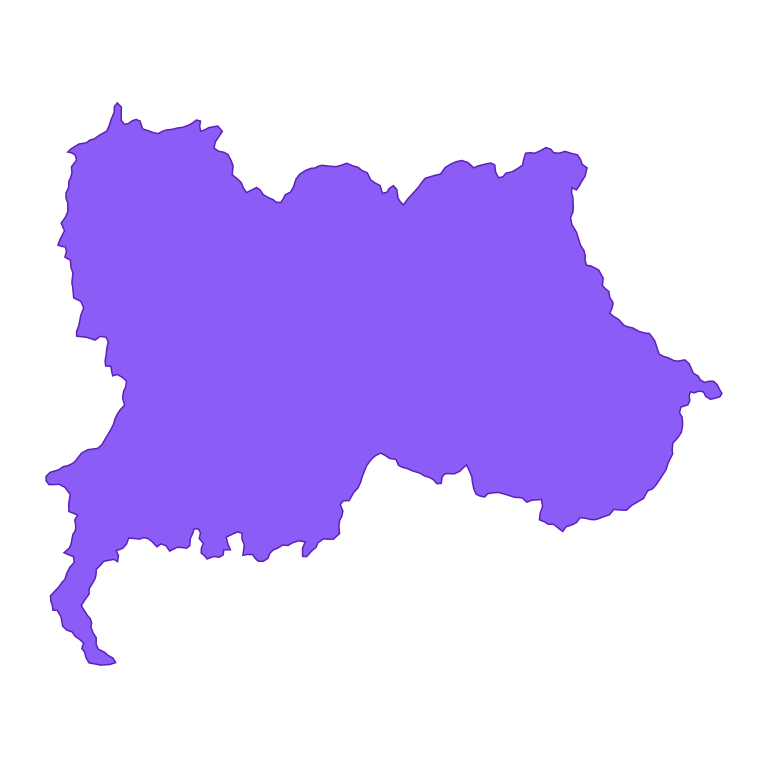 the district of Pedra Branca, Ceará, Brazil
{"feature_id": "56859067B74270575685273", "entity_name": "Pedra Branca", "entity_type": "district", "adm_level": 2, "iso_a3": "BRA", "parent_name": "Brazil", "parent_adm1": "Ceará", "projection": "robinson", "projection_center": [-39.867, -5.521], "detail": "fine", "context": "isolated", "style": "filled", "palette": "violet", "viewbox_px": 768, "rotation_deg": 0, "n_neighbors": 0, "source": "geoboundaries", "source_scale": "gbopen_adm2", "svg_char_len": 6019}
<svg xmlns="http://www.w3.org/2000/svg" viewBox="0 0 768 768"><path d="M117.3,102.9L114.3,106.7L114.3,112.0L111.4,118.8L109.6,124.5L106.9,131.0L99.3,135.3L93.7,139.2L89.9,140.0L86.4,142.8L79.0,144.0L71.1,148.8L67.8,152.0L71.9,152.9L75.3,155.1L76.5,160.1L71.5,166.7L71.9,173.1L70.7,177.4L68.9,181.2L68.6,187.5L66.0,192.8L66.0,197.9L67.8,203.3L67.8,211.8L65.6,216.8L61.2,223.2L64.5,230.8L60.0,239.5L57.9,245.1L61.8,246.4L65.6,247.0L66.4,251.4L64.9,257.2L70.4,260.1L70.9,267.2L72.9,272.9L71.9,282.8L72.7,287.2L73.7,297.9L80.8,301.3L83.7,307.8L80.8,315.3L79.7,321.1L78.6,326.4L76.5,331.5L76.7,336.2L86.7,337.3L95.2,340.1L100.0,336.4L105.9,337.1L108.3,341.7L106.9,348.0L106.1,354.9L105.1,360.7L105.6,365.9L110.9,366.4L111.7,371.7L112.7,375.8L117.5,374.5L123.2,378.0L126.5,381.2L125.8,386.5L123.6,391.3L122.6,398.0L124.6,405.1L120.4,409.6L117.4,414.0L114.9,419.3L113.5,424.3L110.5,430.2L106.0,437.6L101.9,444.7L97.6,448.4L87.7,449.7L81.6,453.1L78.6,456.8L75.8,460.7L72.7,463.4L67.9,465.7L63.1,466.7L58.8,469.7L50.1,472.4L46.1,476.3L46.1,480.6L48.9,484.6L53.6,484.6L59.1,484.3L64.9,487.3L70.2,494.4L68.7,503.8L68.9,511.5L73.3,513.2L77.6,515.2L74.8,520.0L75.8,526.2L75.4,530.6L72.9,534.4L71.1,543.8L69.5,547.9L64.0,552.7L68.7,554.8L73.4,556.5L74.3,562.2L69.9,567.2L67.1,572.5L64.9,579.3L62.1,582.3L59.0,586.7L55.2,590.8L50.5,595.8L50.9,601.3L52.3,605.3L53.0,610.3L57.0,610.0L61.0,616.9L62.7,626.2L66.9,630.2L72.1,631.9L75.2,636.4L79.8,639.5L83.6,643.2L81.8,648.5L84.5,651.7L86.1,657.9L89.1,662.9L94.7,663.9L100.6,665.1L104.9,664.8L109.9,664.5L115.6,662.6L113.0,658.1L107.9,655.3L104.5,652.2L98.4,649.3L96.2,644.4L96.2,637.7L93.1,632.9L90.9,627.1L91.6,623.0L90.3,618.7L87.3,615.3L81.3,605.7L84.5,600.4L89.1,594.0L89.1,588.8L92.0,584.1L95.2,578.4L96.1,574.3L96.2,569.5L100.1,565.6L103.8,561.3L108.9,560.3L113.9,559.4L117.6,561.6L118.5,555.5L116.2,550.8L122.8,548.2L126.5,544.1L128.7,538.1L134.1,538.5L139.6,539.1L143.6,537.6L147.9,538.5L152.1,541.6L156.9,546.8L161.0,543.9L166.0,545.7L169.7,551.1L177.2,547.3L182.2,547.5L186.6,548.2L189.8,545.7L190.3,538.5L192.3,534.3L194.3,528.7L198.6,529.2L200.5,532.9L199.2,538.5L203.4,543.4L201.4,548.2L201.2,553.0L204.6,555.8L207.1,559.0L213.5,556.5L219.2,557.2L223.2,554.8L223.8,549.8L230.4,549.8L227.8,543.8L226.2,537.2L230.8,534.9L237.7,531.9L242.0,533.3L242.0,539.5L244.2,544.5L243.8,549.2L242.9,555.3L247.6,554.4L252.6,554.6L255.0,558.1L258.1,561.2L263.3,561.3L268.0,558.3L269.8,553.4L273.1,550.0L277.9,548.0L282.7,545.0L288.0,545.5L292.7,542.7L299.1,540.7L305.2,542.0L302.5,548.2L302.6,556.4L306.6,556.6L311.5,551.2L316.0,547.3L318.1,542.6L323.7,538.8L328.1,539.2L333.4,539.2L339.6,533.5L338.9,526.0L339.7,520.1L341.7,516.6L342.9,511.1L340.2,504.7L343.3,500.8L349.1,500.6L353.6,492.6L358.0,487.9L360.7,482.0L362.3,476.3L364.3,471.5L366.5,466.0L369.5,461.6L372.7,458.0L375.7,455.5L380.8,453.1L385.3,455.5L389.5,458.4L396.0,459.4L398.5,465.3L402.1,467.2L407.1,468.5L413.2,471.1L419.6,473.0L424.8,476.1L429.5,477.4L433.6,479.9L436.9,483.7L441.2,483.4L442.1,477.1L444.7,473.8L448.3,473.6L454.3,473.8L459.8,471.3L462.8,468.2L466.5,465.0L468.5,468.9L470.3,473.0L471.9,477.1L472.3,481.6L473.8,488.8L476.1,494.1L479.8,496.0L484.6,497.0L487.7,493.7L493.1,492.8L498.6,492.5L504.6,494.1L514.7,497.3L522.2,497.8L526.9,502.2L531.9,500.2L536.1,499.9L541.3,499.5L542.6,506.2L540.2,513.2L539.4,519.8L544.2,521.7L548.4,524.3L553.5,524.2L558.3,528.1L562.7,531.5L566.0,526.9L573.4,524.3L576.7,522.3L580.1,517.7L585.2,518.2L590.2,519.4L594.1,519.8L598.1,518.9L603.2,516.8L609.5,514.8L613.9,509.4L619.5,510.0L626.4,510.2L631.7,505.4L639.1,501.0L643.5,498.5L645.7,494.2L647.9,490.7L652.6,488.8L656.1,484.8L660.5,478.3L666.0,469.7L668.4,462.3L672.6,454.0L672.2,449.5L672.8,443.1L677.7,437.8L681.3,432.5L682.7,424.6L682.2,417.2L679.5,412.8L680.9,407.1L687.8,404.9L689.8,400.8L689.2,395.7L690.4,391.8L694.1,392.9L699.1,391.0L703.5,391.9L705.7,396.4L710.4,399.3L715.0,398.2L719.9,396.8L721.9,393.4L719.7,389.8L717.4,385.0L713.6,381.3L709.4,381.2L704.3,382.4L700.1,379.6L698.2,376.1L693.3,373.2L689.2,363.8L684.9,359.9L677.9,361.1L674.0,360.7L668.0,357.7L663.8,356.5L659.3,354.3L657.5,349.4L654.9,341.2L652.3,337.3L649.2,333.4L645.4,333.2L639.1,331.5L632.7,327.9L627.4,326.8L623.7,325.1L619.1,319.9L613.0,316.0L609.8,313.1L612.3,307.4L613.1,302.7L609.8,297.5L608.9,291.5L605.6,289.0L602.4,285.5L603.2,278.2L598.7,270.0L591.1,266.0L586.5,265.2L585.0,259.9L585.2,255.5L584.0,250.7L580.6,245.4L576.4,232.1L571.9,224.6L570.5,217.8L572.9,212.1L573.3,207.5L572.9,197.4L571.5,192.6L571.9,187.8L576.4,189.9L579.4,185.7L581.6,181.6L585.0,176.3L587.1,167.9L582.2,164.4L580.6,159.6L577.4,154.8L572.1,153.6L565.1,151.4L559.0,153.2L553.6,152.7L550.7,149.1L545.9,147.6L540.4,150.7L534.9,153.2L529.5,152.7L525.6,153.2L523.6,159.8L522.6,165.0L518.4,168.1L511.9,171.9L506.0,173.1L502.9,176.8L498.4,177.7L495.6,171.9L494.8,165.0L490.9,163.0L485.9,164.0L478.0,165.9L473.8,167.9L468.1,162.6L461.8,160.5L456.2,161.7L450.6,164.2L445.1,167.6L440.5,174.1L434.8,175.4L425.3,178.2L421.6,182.7L418.2,187.5L413.6,192.6L408.1,198.5L403.5,204.9L400.3,201.7L398.1,198.3L396.8,189.6L393.4,185.7L389.2,188.5L386.9,192.3L382.5,193.3L380.1,185.5L375.2,183.0L370.8,180.0L367.2,172.7L361.7,170.4L358.4,167.5L352.8,165.8L346.7,163.3L341.1,165.3L336.0,166.7L330.8,166.3L321.9,165.3L318.3,166.2L314.7,168.1L311.0,168.3L305.9,170.3L299.7,174.2L296.0,179.1L294.6,183.4L293.3,187.4L290.4,192.2L285.3,194.7L283.0,199.2L280.7,202.4L276.3,202.3L272.8,199.4L269.4,198.1L263.4,194.8L259.8,189.6L256.5,187.5L246.6,192.6L243.5,188.1L241.1,182.5L237.9,179.3L232.2,174.7L233.1,165.9L231.0,160.3L228.0,154.5L224.0,152.3L218.3,151.1L214.0,147.9L215.3,142.0L220.1,134.7L222.4,131.4L217.7,126.0L208.8,127.6L204.2,130.1L200.6,131.2L199.7,126.0L200.5,121.1L196.3,120.0L192.5,123.0L188.5,125.3L182.8,127.3L177.3,128.0L172.1,129.4L166.6,129.9L162.6,131.2L158.2,133.6L153.3,132.6L148.4,130.7L142.6,128.9L140.0,121.0L136.1,119.5L132.4,120.7L128.3,123.5L124.6,124.4L121.2,120.4L121.2,114.9L121.4,107.2L117.3,102.9Z" fill="#8b5cf6" stroke="#5b21b6" stroke-width="1.5"/></svg>